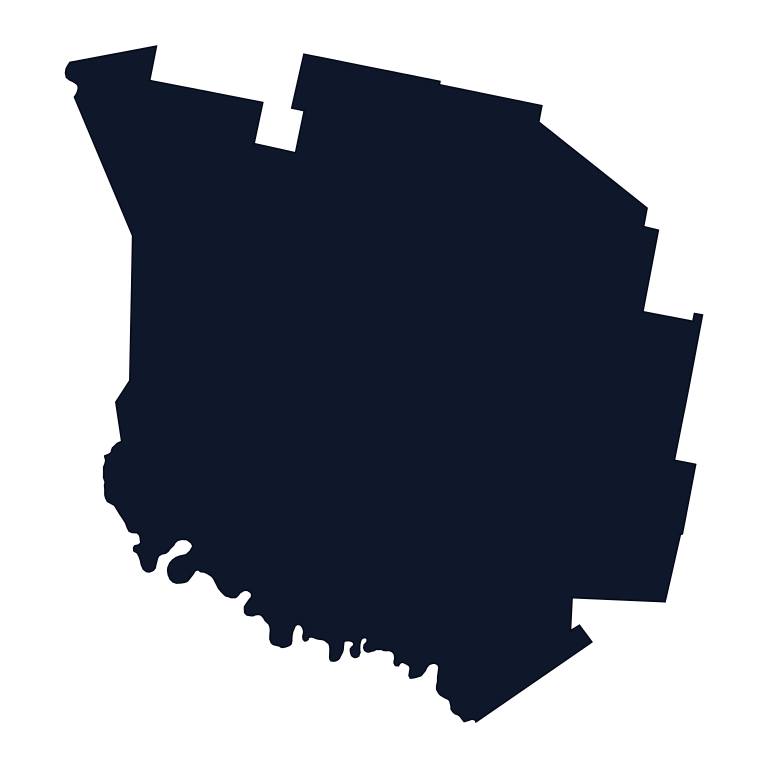 the district of San Martín, Santiago del Estero, Argentina
{"feature_id": "61730980B99739045741141", "entity_name": "San Martín", "entity_type": "district", "adm_level": 2, "iso_a3": "ARG", "parent_name": "Argentina", "parent_adm1": "Santiago del Estero", "projection": "orthographic", "projection_center": [-63.906, -28.198], "detail": "fine", "context": "isolated", "style": "filled", "palette": "ink", "viewbox_px": 768, "rotation_deg": 0, "n_neighbors": 0, "source": "geoboundaries", "source_scale": "gbopen_adm2", "svg_char_len": 4317}
<svg xmlns="http://www.w3.org/2000/svg" viewBox="0 0 768 768"><path d="M689.3,385.0L689.3,384.9L702.5,314.9L694.4,313.5L692.9,321.3L642.9,311.7L658.4,230.2L643.6,226.6L647.1,208.1L644.3,205.9L618.1,185.0L593.2,165.2L559.0,138.1L552.8,133.1L542.9,125.3L538.8,122.0L538.8,121.9L539.2,120.1L539.3,119.2L540.7,111.8L541.9,105.7L439.3,84.7L440.0,81.5L440.0,81.4L360.8,65.6L356.9,64.8L308.4,55.1L303.9,54.2L291.7,108.1L304.2,110.7L295.5,152.8L254.1,143.6L262.8,102.5L241.2,98.3L214.7,93.1L149.7,80.5L156.5,46.1L69.9,62.4L67.9,65.5L66.1,68.8L65.5,73.0L66.4,77.4L69.6,79.9L73.0,81.5L76.8,83.9L78.2,86.2L78.2,89.3L76.8,93.4L75.6,95.3L74.4,97.1L74.5,97.3L132.6,235.7L131.7,285.4L130.7,333.1L129.8,380.6L115.8,402.1L121.7,441.5L118.3,442.8L116.6,443.9L115.5,445.2L113.6,446.9L112.5,447.9L111.6,450.3L111.5,451.7L110.6,453.1L109.3,454.0L108.3,454.5L104.7,455.9L104.7,456.6L105.8,460.1L105.1,463.5L103.7,467.0L103.7,470.0L103.7,473.9L103.6,477.6L105.2,482.0L104.5,485.7L104.9,488.9L104.9,494.9L105.6,497.7L107.4,501.4L110.3,503.0L114.5,505.3L119.7,513.9L123.5,519.5L125.6,523.0L127.4,527.8L129.2,531.3L132.2,532.5L137.0,532.7L139.5,535.1L140.1,537.1L140.8,543.1L138.5,545.0L134.6,545.9L133.6,547.7L133.8,550.9L137.3,553.0L138.9,556.0L140.4,560.0L141.3,564.6L143.3,569.2L146.5,571.6L149.3,572.0L153.2,570.4L155.1,568.2L156.0,564.0L157.0,560.1L157.4,558.3L158.8,555.7L162.0,553.9L165.5,553.2L168.0,551.4L170.3,548.4L173.6,545.2L175.0,542.7L177.5,540.4L181.7,539.3L186.9,539.6L191.5,543.1L192.9,546.3L190.1,551.1L186.1,554.8L179.9,556.1L176.2,557.5L172.6,560.0L169.8,563.2L167.9,567.8L167.7,571.0L168.3,574.9L170.1,579.1L172.9,581.9L176.3,583.1L181.1,582.9L185.0,582.2L187.5,581.1L190.3,577.6L193.1,574.0L195.0,570.8L198.0,569.6L200.7,571.7L204.1,572.0L207.3,573.4L211.4,576.0L213.5,578.3L215.1,581.5L216.9,585.0L218.5,588.2L221.2,591.5L223.9,594.3L225.8,595.9L228.7,596.6L231.0,597.6L234.5,597.6L235.8,597.4L237.9,595.5L240.0,592.8L244.1,590.3L247.4,590.3L250.6,592.4L251.7,594.3L251.4,597.3L249.4,599.5L246.8,603.2L244.5,606.7L244.5,609.0L244.7,612.7L246.9,615.0L251.3,615.7L253.1,615.7L255.7,614.6L258.9,614.4L260.7,614.9L262.1,616.0L263.7,617.9L265.3,620.7L267.3,622.5L269.1,624.4L270.0,626.9L270.5,630.2L270.2,632.7L270.0,635.9L269.9,639.1L271.3,642.8L273.3,644.5L276.1,645.2L279.3,645.9L281.4,647.3L283.6,647.3L286.4,646.6L289.2,645.5L291.0,644.1L291.7,641.2L291.7,638.6L292.0,635.2L292.7,631.7L294.1,628.3L295.0,626.0L297.1,624.4L299.9,624.6L301.5,626.0L302.8,627.9L303.7,630.9L303.5,633.6L302.8,636.4L303.2,639.4L304.8,641.0L306.6,640.6L308.0,639.4L308.5,637.4L311.0,636.9L313.3,637.2L315.6,638.3L318.1,639.0L322.5,639.5L325.2,640.5L326.6,641.9L328.9,643.5L329.8,646.5L330.0,648.6L329.9,653.7L329.7,656.7L329.9,659.0L331.0,660.8L333.3,661.1L335.4,660.9L337.5,660.0L339.3,658.4L340.3,656.1L342.3,652.4L343.1,649.8L343.3,647.1L343.6,643.9L344.0,641.3L347.0,640.6L349.8,640.7L352.3,641.6L354.1,643.5L353.4,645.8L351.8,647.1L350.4,649.0L350.4,651.3L351.3,654.8L352.4,656.4L354.7,657.5L356.8,657.1L358.6,656.2L359.3,654.1L360.0,652.5L359.6,650.0L359.6,647.4L359.8,644.2L360.6,641.0L361.0,639.6L362.2,638.5L364.0,637.5L366.5,638.0L367.2,639.2L367.2,641.3L365.8,643.3L364.2,644.9L363.7,647.9L364.8,650.5L367.1,651.9L369.0,651.9L371.5,651.2L374.3,650.5L375.9,649.4L378.6,649.4L381.6,649.4L383.7,650.4L386.4,650.6L389.2,650.4L392.1,651.6L394.2,653.9L394.9,658.3L394.3,660.6L394.0,662.9L395.4,665.5L398.4,665.8L399.8,663.4L401.9,662.1L404.7,663.0L407.2,664.4L409.5,665.9L410.2,668.2L409.5,672.6L409.0,675.6L410.4,678.2L415.2,677.5L421.0,675.7L423.1,673.2L425.0,670.9L426.6,667.6L428.5,665.1L430.1,664.1L432.9,663.2L435.2,663.3L437.8,664.7L438.9,667.2L438.4,671.7L437.7,676.5L437.6,681.9L436.7,685.8L436.7,689.6L438.7,693.1L440.3,694.9L444.5,697.5L448.2,699.2L449.8,700.8L451.1,706.2L451.1,709.2L452.9,711.8L455.0,713.7L457.8,714.6L460.3,716.5L462.4,719.5L464.2,721.6L469.1,720.1L471.9,719.1L474.4,719.6L475.8,721.0L476.0,721.9L538.1,679.1L555.4,667.2L559.3,664.5L591.9,642.0L579.4,625.2L570.5,630.7L572.1,597.7L664.0,601.7L665.0,601.9L666.3,596.5L672.7,568.4L680.4,534.5L682.5,533.8L682.5,533.2L684.9,520.9L687.3,508.2L695.5,465.3L695.6,464.9L695.7,464.6L695.7,464.4L695.1,464.2L693.8,464.0L689.8,463.2L677.3,460.8L674.4,460.3L678.9,437.6L682.5,419.3L684.7,408.5L689.3,385.0Z" fill="#0f172a" stroke="#020617" stroke-width="1.5"/></svg>